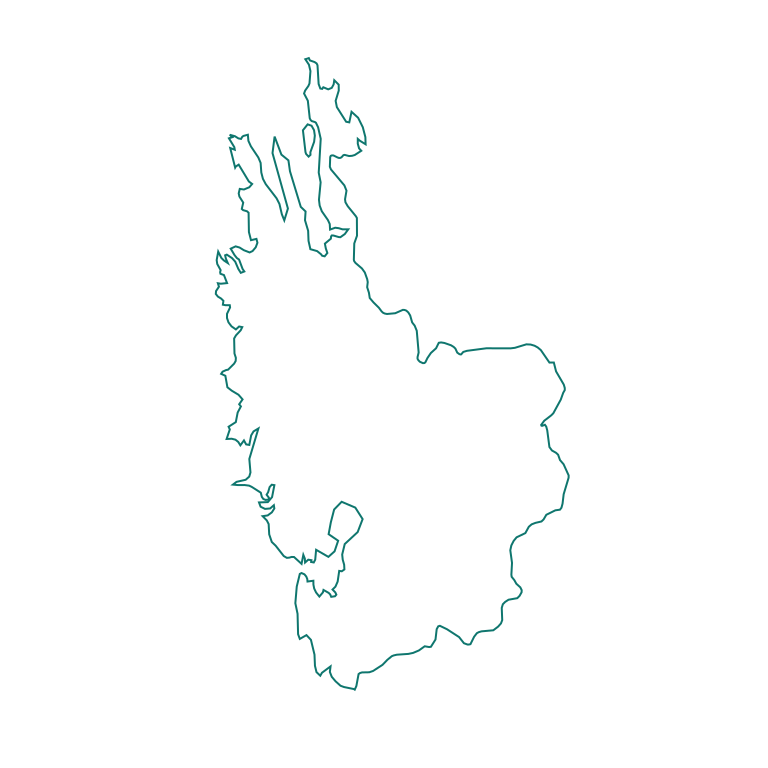 outline of Cork, rotated 101°
{"feature_id": "IRL-78", "entity_name": "Cork", "entity_type": "County", "adm_level": 1, "iso_a3": "IRL", "parent_name": "Ireland", "parent_adm1": "", "projection": "albers", "projection_center": [-9.037, 51.912], "detail": "fine", "context": "isolated", "style": "outline", "palette": "teal", "viewbox_px": 768, "rotation_deg": 101, "n_neighbors": 0, "source": "natural_earth", "source_scale": "10m", "svg_char_len": 6156}
<svg xmlns="http://www.w3.org/2000/svg" viewBox="0 0 768 768"><g transform="rotate(101 384 384)"><path d="M689.6,354.4L689.2,355.3L689.1,365.4L688.5,369.1L685.1,374.8L681.4,379.4L677.0,382.2L671.4,382.6L679.3,389.8L682.5,390.9L679.7,395.3L673.8,398.0L662.9,400.6L649.1,406.9L645.3,412.2L650.3,418.0L646.0,420.6L626.1,425.0L616.1,429.2L599.5,431.0L586.5,430.4L585.3,428.9L586.0,425.8L587.8,423.6L590.1,422.1L592.5,421.4L590.6,415.8L594.4,415.0L598.1,413.5L601.6,410.9L605.0,406.9L600.2,404.2L597.7,404.1L599.6,398.5L600.8,396.7L603.0,395.2L601.7,391.6L599.9,390.6L597.9,392.0L595.6,395.3L592.2,393.0L586.8,391.8L576.0,392.3L575.9,389.7L573.6,387.5L569.1,388.6L564.3,391.0L559.4,392.5L548.6,392.0L534.4,381.6L520.7,379.2L510.8,388.6L507.7,403.1L516.7,409.0L529.9,409.8L542.0,409.7L546.6,399.1L557.7,400.6L564.3,405.6L559.7,419.0L569.6,418.0L572.6,418.9L572.6,421.6L570.8,421.6L570.9,424.8L574.3,427.4L570.5,428.4L567.1,430.6L576.3,430.6L571.0,439.3L571.4,441.7L572.5,443.8L573.2,446.2L572.0,449.6L563.4,459.5L560.5,464.0L553.5,468.0L543.5,470.5L540.3,473.0L536.9,477.9L535.2,473.1L531.4,469.6L527.1,467.9L524.0,469.0L527.9,472.0L529.3,477.0L528.0,481.7L524.1,484.1L522.1,475.5L516.4,472.3L504.2,472.3L504.3,475.0L507.0,476.6L512.3,477.1L515.1,478.1L517.6,475.3L519.2,474.8L520.4,478.0L519.9,480.5L518.1,482.4L514.2,484.2L510.2,494.3L509.5,497.0L509.8,501.7L511.1,508.2L511.6,513.1L508.2,510.1L504.4,501.5L500.6,498.6L496.3,498.2L483.3,501.9L451.6,498.8L455.4,503.0L459.8,504.6L469.5,504.6L469.6,507.8L466.1,510.7L471.6,513.3L468.7,516.0L467.0,519.2L466.8,523.1L468.0,528.0L458.0,526.7L455.6,528.4L449.7,522.2L439.9,522.2L433.3,520.2L431.5,522.3L426.1,519.9L422.3,524.8L419.6,532.2L417.1,537.1L406.2,541.3L405.1,545.8L402.7,544.8L400.4,541.6L399.7,539.8L392.6,535.0L389.7,534.0L386.6,534.4L382.6,536.6L367.9,539.8L364.5,538.6L358.6,534.9L355.2,534.0L355.2,537.2L358.7,539.8L356.5,544.7L353.2,548.4L349.2,550.7L345.1,551.5L338.2,549.7L336.1,550.4L336.9,554.6L336.9,557.3L333.0,557.5L331.2,560.2L329.9,563.7L327.7,566.3L324.8,566.6L320.0,564.6L316.8,566.3L316.7,563.3L314.9,557.3L307.6,561.9L307.0,565.6L305.5,566.2L303.4,566.1L298.0,570.6L294.3,571.9L285.7,572.0L291.3,567.7L293.3,564.7L295.1,560.4L291.2,563.1L288.0,564.5L287.0,563.0L289.4,557.2L292.3,553.4L298.9,548.9L302.2,545.8L300.2,542.6L298.0,544.8L289.5,550.0L288.4,552.5L285.9,555.4L280.4,560.3L277.2,555.9L277.6,551.8L279.4,547.1L280.5,541.0L278.6,538.4L274.3,536.0L269.5,535.2L265.9,536.9L268.2,542.0L260.6,545.6L241.7,549.6L240.6,551.4L240.2,555.5L239.3,557.0L232.8,556.8L227.6,561.7L224.6,563.0L220.0,562.8L219.8,558.6L216.6,553.8L212.8,551.6L211.0,555.3L196.4,568.5L198.8,571.0L200.0,571.4L181.7,580.0L182.5,575.2L180.1,576.1L172.4,583.1L170.6,579.9L168.8,583.0L169.2,577.6L170.7,573.8L170.7,571.1L168.4,570.3L167.3,569.3L165.3,565.2L171.2,563.5L176.1,560.0L185.6,550.6L190.5,547.3L199.8,544.8L205.7,542.0L210.4,538.2L222.2,524.9L227.2,521.0L236.8,516.7L242.4,513.1L230.1,511.8L178.6,537.5L162.0,538.6L178.4,528.5L182.7,520.5L193.1,516.9L226.0,499.5L229.6,493.9L238.3,492.8L248.1,487.7L257.9,485.4L265.7,482.0L266.3,475.0L268.7,470.5L269.9,469.2L270.0,466.6L266.2,464.6L262.0,467.0L257.5,468.8L251.5,463.9L249.2,464.1L248.1,463.5L247.9,461.8L248.4,456.4L248.2,454.8L244.3,451.1L239.0,448.6L240.1,454.1L239.7,458.1L239.9,461.7L242.7,466.4L237.3,467.8L233.7,470.4L226.3,478.0L221.1,481.2L215.5,483.0L198.1,484.7L189.0,488.4L155.4,492.9L144.5,497.7L140.5,500.7L140.0,501.9L139.7,505.1L138.8,506.5L137.3,507.6L120.5,512.8L114.1,517.9L111.0,517.4L105.9,515.1L103.2,514.5L90.9,515.9L84.9,518.6L80.2,523.2L78.4,520.0L80.5,518.5L81.2,513.6L82.2,511.3L83.8,510.1L102.0,505.4L106.1,502.9L106.1,501.0L104.3,500.2L105.4,495.0L103.3,491.8L99.5,490.6L95.3,490.8L98.8,485.6L104.6,484.4L115.3,485.5L121.2,483.1L133.8,471.2L133.8,468.0L123.0,467.8L127.6,460.2L136.0,453.8L145.2,449.4L152.2,447.8L149.8,454.1L148.4,456.5L153.1,455.6L157.5,453.4L159.4,450.8L164.8,456.4L166.1,458.9L166.9,461.8L166.6,466.3L167.1,467.5L169.6,469.0L170.4,470.1L170.7,471.3L170.5,472.8L169.3,477.2L169.5,478.7L170.2,479.8L171.5,480.1L181.1,478.6L183.5,477.0L196.6,460.8L201.4,457.7L210.1,457.5L213.0,456.5L216.4,453.5L224.7,443.6L226.2,442.3L243.6,438.8L251.7,440.0L267.9,437.3L269.1,436.7L270.6,435.1L274.8,427.7L278.2,424.1L284.3,420.5L287.1,419.4L292.2,419.0L297.3,416.2L302.3,414.4L305.9,409.9L310.1,403.6L313.2,400.2L314.3,398.4L314.7,396.6L314.7,394.4L312.4,386.5L307.6,379.6L307.4,377.9L307.7,376.1L309.1,373.8L311.7,371.4L318.2,368.1L320.9,365.0L325.5,362.0L346.5,356.0L351.2,356.2L352.8,355.9L354.1,354.8L355.3,353.1L356.1,349.8L355.7,348.3L354.7,347.5L350.2,346.3L344.6,343.9L339.0,339.7L333.1,338.1L332.3,335.9L332.2,332.5L333.2,325.6L334.3,322.7L335.6,320.7L339.2,318.1L340.3,315.7L340.4,314.6L340.2,313.9L337.4,312.3L335.6,308.9L329.4,290.3L324.9,266.7L323.5,262.4L317.9,251.8L317.3,247.6L317.7,243.5L318.8,240.1L320.8,236.5L331.4,225.7L330.5,221.4L338.8,217.5L350.3,207.4L353.4,205.8L355.5,205.4L358.4,206.4L365.6,207.5L380.4,212.2L382.8,213.8L389.5,219.7L394.2,221.9L394.9,221.4L394.8,220.6L393.3,218.3L394.9,216.6L398.4,214.9L414.3,209.6L417.2,206.5L418.7,202.0L420.2,199.6L425.1,196.7L428.5,192.4L438.5,185.3L440.8,184.9L457.9,186.6L467.4,185.9L471.6,186.2L473.8,187.3L475.3,191.7L481.4,199.7L486.5,201.5L488.9,203.2L491.4,208.8L493.6,212.3L496.5,214.6L503.4,216.8L509.2,224.6L513.3,226.8L518.2,228.2L523.1,228.3L535.2,224.2L546.8,222.6L548.9,221.9L551.6,218.7L554.8,216.0L557.6,211.4L560.1,209.5L562.2,209.2L566.1,210.5L568.8,212.3L572.0,220.6L574.8,223.5L577.5,225.3L581.3,225.7L593.2,222.9L596.7,223.5L600.4,225.7L604.9,229.7L608.2,241.1L609.5,243.6L610.9,245.3L614.9,247.3L622.9,249.5L623.6,251.1L623.8,252.4L623.2,256.1L618.1,262.0L612.7,275.4L610.7,283.0L611.5,284.5L614.6,285.5L625.0,284.7L633.0,287.8L633.6,289.5L633.7,294.0L638.9,298.9L642.4,304.1L644.3,308.6L647.3,319.8L648.6,322.7L649.7,324.4L654.0,328.0L660.0,331.9L667.8,340.0L669.8,343.5L671.3,350.5L672.3,352.4L673.6,353.6L685.7,353.5L689.6,354.4ZM170.5,500.5L173.1,499.9L175.2,501.4L173.0,504.4L171.4,505.3L150.4,512.0L143.7,508.5L144.3,504.4L148.2,501.1L153.4,499.3L159.6,498.8L170.5,500.5Z" fill="none" stroke="#0f766e" stroke-width="2"/></g></svg>